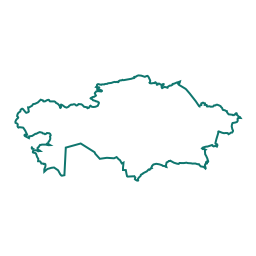 outline of Kazakhstan
{"feature_id": "KAZ", "entity_name": "Kazakhstan", "entity_type": "country or territory", "adm_level": 0, "iso_a3": "KAZ", "parent_name": "Asia", "parent_adm1": "", "projection": "equal_earth", "projection_center": [65.802, 47.999], "detail": "fine", "context": "isolated", "style": "outline", "palette": "teal", "viewbox_px": 256, "rotation_deg": 0, "n_neighbors": 0, "source": "natural_earth", "source_scale": "50m", "svg_char_len": 5791}
<svg xmlns="http://www.w3.org/2000/svg" viewBox="0 0 256 256"><path d="M151.7,168.2L150.3,168.8L149.6,169.8L148.6,169.5L146.8,171.4L144.3,172.6L142.8,173.5L142.6,173.9L141.4,174.4L140.8,174.9L140.7,175.7L140.4,176.1L139.0,177.4L138.1,178.6L137.9,179.5L138.2,180.3L138.0,180.6L137.1,180.6L135.6,179.8L134.9,179.2L135.3,177.5L134.3,176.2L133.5,176.4L133.1,176.3L127.7,176.6L127.1,176.3L126.5,173.9L125.8,170.1L123.0,170.0L123.0,167.7L123.5,162.6L121.8,163.4L120.0,160.2L118.7,159.3L116.6,157.1L114.0,158.3L106.9,157.8L99.8,158.8L95.2,153.7L94.7,152.4L94.4,152.1L80.7,143.5L65.8,147.6L64.4,175.2L61.9,175.7L61.2,175.4L60.2,174.2L58.1,170.3L54.0,167.5L51.5,167.8L47.7,168.9L46.6,169.6L44.3,171.7L44.3,169.3L45.3,166.8L45.5,165.8L45.4,164.3L44.8,163.8L43.5,164.0L43.1,163.5L41.4,163.5L40.4,161.7L39.9,161.3L38.1,161.2L38.3,158.9L37.1,156.9L36.0,153.6L35.2,153.0L33.2,152.6L32.9,152.3L32.9,151.6L33.2,150.7L33.9,150.3L36.5,150.3L38.2,151.3L39.3,151.0L40.3,151.0L39.7,150.5L39.0,150.4L37.7,149.0L37.5,148.1L37.7,147.7L39.0,146.7L39.3,145.9L40.1,144.9L40.7,145.0L41.9,144.6L45.8,144.6L48.5,145.2L50.2,145.1L48.2,143.9L47.9,143.3L48.6,141.8L49.6,140.5L50.3,138.8L50.2,137.2L50.0,136.7L50.1,136.2L50.7,135.3L50.2,134.0L49.4,133.3L47.0,133.0L46.2,133.7L45.0,134.2L44.3,133.7L42.8,133.4L42.2,132.7L39.8,132.1L38.3,132.7L36.3,133.8L35.4,133.8L32.2,135.9L29.1,136.4L29.1,137.2L28.7,137.0L28.2,137.4L28.3,137.8L25.0,136.1L24.5,135.5L24.6,134.9L25.1,134.6L26.6,135.1L27.0,134.9L27.1,134.6L25.2,130.6L23.3,127.8L23.0,127.6L19.6,127.2L18.5,127.6L18.0,127.2L17.5,126.1L17.8,124.8L17.6,124.1L17.3,123.7L15.5,122.8L15.4,121.7L16.1,120.0L17.0,118.9L17.7,118.4L18.2,117.6L18.1,117.2L17.1,116.1L17.3,115.1L17.8,113.7L18.5,112.7L20.1,111.6L20.4,111.2L20.5,110.1L20.7,109.7L21.8,108.8L22.3,108.7L22.9,109.0L25.9,112.6L26.4,112.8L28.3,112.1L28.8,111.5L28.1,107.4L29.1,107.4L32.1,105.7L32.8,104.5L33.2,104.1L35.0,103.8L37.8,102.5L40.7,99.7L42.6,100.3L43.2,100.6L43.3,101.3L43.5,101.4L44.9,101.4L47.2,100.1L48.4,99.8L49.0,100.0L49.7,101.2L50.1,101.4L54.3,101.4L55.3,101.9L56.1,103.0L57.5,103.6L58.4,104.4L59.8,106.2L60.0,107.6L60.4,107.9L60.9,107.5L61.0,107.0L60.9,105.5L60.6,105.1L61.1,104.6L62.3,105.1L64.9,107.0L66.6,107.6L68.6,106.7L69.2,105.8L71.2,104.6L71.9,104.8L74.0,104.2L74.9,104.4L76.3,105.5L77.5,105.2L78.5,104.1L81.3,104.3L82.3,104.9L84.1,106.8L87.2,107.3L87.5,107.6L87.4,108.1L87.5,108.2L89.1,107.6L89.9,106.1L90.5,105.7L91.7,106.7L92.5,106.9L93.6,107.0L95.3,106.8L96.9,106.2L97.8,105.7L98.9,103.1L98.8,102.5L97.7,101.7L95.9,101.3L95.7,101.0L92.9,100.2L92.5,99.4L90.8,98.6L90.6,98.3L90.9,98.0L92.8,97.0L94.2,96.8L95.9,95.6L94.8,93.3L95.0,92.8L96.4,91.3L98.3,91.1L101.3,91.5L101.9,91.1L101.9,90.7L101.6,90.4L99.7,89.6L97.2,89.2L97.1,88.9L97.4,88.1L98.4,88.1L99.1,87.6L98.8,87.2L97.6,87.4L96.1,87.0L96.9,86.1L97.1,84.7L97.6,84.3L98.1,84.1L101.3,84.8L101.9,84.4L104.3,84.4L105.0,84.0L107.3,83.8L108.0,83.3L111.4,82.9L113.3,82.2L114.7,81.9L115.7,82.1L117.2,81.8L118.0,82.2L118.4,82.1L118.8,81.1L120.1,80.4L121.3,80.4L122.4,79.9L122.6,80.1L124.0,80.1L131.7,78.7L132.4,78.3L134.1,78.1L134.6,77.6L134.4,76.9L136.1,76.6L137.0,75.9L138.4,75.4L141.1,75.6L144.8,76.8L145.7,76.5L146.3,76.1L147.6,75.9L148.6,77.1L150.2,80.5L150.0,82.1L149.5,82.7L149.8,83.1L151.1,83.4L154.0,83.0L154.6,83.1L154.9,82.9L155.1,82.4L155.5,82.3L156.6,83.6L156.8,84.7L157.0,84.8L157.7,84.5L157.6,83.9L157.9,83.6L159.4,83.7L160.6,84.6L161.2,84.7L162.0,84.7L163.2,84.0L163.7,84.2L163.5,84.9L162.1,85.7L161.6,86.4L161.6,87.1L162.1,88.1L162.3,88.1L163.5,87.3L164.6,87.0L166.5,87.3L167.3,87.8L167.6,87.7L167.8,86.8L169.7,85.6L170.9,85.6L171.7,85.2L172.5,84.7L172.6,84.0L172.8,83.9L174.1,83.7L177.1,82.4L178.3,82.2L180.0,81.5L179.8,82.3L179.2,83.5L178.0,83.5L178.4,84.3L178.9,84.8L185.2,88.6L186.1,89.3L189.7,93.5L195.8,101.3L199.1,106.2L199.5,106.4L199.6,105.8L200.2,105.3L201.3,105.1L201.4,104.7L201.2,103.8L201.3,103.4L202.8,102.7L203.6,102.8L204.1,103.4L205.0,103.4L205.1,103.7L204.8,104.9L206.6,105.0L207.0,105.9L206.9,106.3L207.1,106.5L209.7,106.3L210.6,106.7L212.8,106.6L213.4,106.3L214.1,105.4L215.5,105.4L216.2,104.8L217.2,104.7L219.3,105.5L220.6,106.2L221.0,106.9L222.1,108.0L222.7,109.6L223.1,110.0L224.7,110.2L226.1,111.0L226.9,111.2L226.9,112.0L227.1,112.4L228.6,114.3L232.6,114.8L232.8,115.1L234.0,115.1L236.1,113.2L236.4,113.2L236.7,113.4L236.8,113.8L236.2,114.4L236.4,114.7L236.8,114.7L237.4,115.2L238.7,116.6L240.0,117.1L240.6,118.0L239.1,117.9L237.8,118.3L237.5,119.1L237.7,119.6L237.7,120.8L236.9,122.0L235.4,122.5L232.6,123.0L232.0,124.3L231.7,126.4L232.4,129.4L233.0,130.5L233.0,131.1L232.2,132.5L230.8,132.7L229.7,133.6L228.5,134.2L227.7,133.1L225.8,133.0L224.0,133.2L222.3,132.8L218.7,131.4L218.3,131.6L218.2,133.2L216.4,139.1L215.4,143.2L215.6,143.7L217.2,144.4L217.4,145.4L216.9,146.6L215.4,145.9L213.6,146.4L212.7,145.9L212.5,145.3L212.1,145.0L207.4,146.6L206.2,146.6L203.0,147.5L202.0,148.4L202.8,149.1L204.2,149.0L205.6,149.7L205.0,150.1L204.9,150.9L205.2,154.3L206.1,155.8L207.2,158.2L207.6,159.3L207.5,160.2L207.9,160.4L208.2,161.3L208.1,161.7L207.3,161.5L206.0,162.2L206.0,162.7L207.0,163.2L207.0,163.4L205.4,164.0L205.1,164.5L204.9,165.3L205.7,168.3L205.5,168.6L203.7,166.9L200.8,166.4L199.4,165.0L199.1,164.3L198.9,164.2L197.5,164.2L195.3,163.5L192.4,163.6L191.1,163.3L187.9,163.1L186.4,162.7L183.7,163.1L179.8,163.0L179.5,163.0L178.7,163.9L177.1,163.7L173.9,162.7L170.3,160.7L169.9,161.0L168.8,161.0L168.4,161.5L166.6,162.5L165.9,165.6L166.4,167.0L165.9,166.9L165.1,166.2L162.6,165.8L162.0,165.2L159.2,164.3L156.2,163.8L153.4,164.5L152.0,166.0L151.9,166.6L151.3,167.5L151.3,167.8L151.7,168.2ZM32.7,148.6L32.2,148.8L31.7,148.0L31.9,147.2L32.5,147.0L32.0,147.5L32.0,147.9L32.3,148.4L32.7,148.6ZM47.3,144.5L46.8,144.4L46.6,144.1L46.9,143.7L47.2,143.7L47.3,144.5Z" fill="none" stroke="#0f766e" stroke-width="2"/></svg>